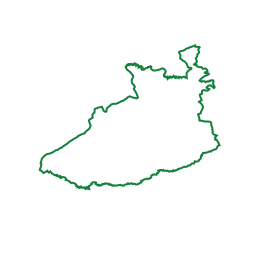 the district of Masi-Manimba, Bandundu, Democratic Republic of the Congo, rotated 247°
{"feature_id": "63176286B37254158064276", "entity_name": "Masi-Manimba", "entity_type": "district", "adm_level": 2, "iso_a3": "COD", "parent_name": "Democratic Republic of the Congo", "parent_adm1": "Bandundu", "projection": "robinson", "projection_center": [18.055, -5.013], "detail": "fine", "context": "isolated", "style": "outline", "palette": "green", "viewbox_px": 256, "rotation_deg": 247, "n_neighbors": 0, "source": "geoboundaries", "source_scale": "gbopen_adm2", "svg_char_len": 5861}
<svg xmlns="http://www.w3.org/2000/svg" viewBox="0 0 256 256"><g transform="rotate(247 128 128)"><path d="M104.5,50.4L104.1,51.5L102.3,52.5L101.7,53.4L99.7,54.0L99.0,56.1L96.9,57.9L96.4,57.8L96.0,58.2L94.9,57.6L94.1,58.9L93.0,58.4L92.5,61.4L91.7,60.6L91.5,62.0L90.6,62.9L90.8,63.8L89.6,65.9L88.9,64.8L88.5,65.0L88.5,66.9L89.4,67.2L88.5,68.0L88.0,67.4L87.5,67.5L86.9,68.5L89.6,68.8L89.9,69.2L89.8,71.0L91.1,72.4L90.7,72.9L91.4,73.3L91.8,74.2L91.7,74.9L91.0,75.8L91.0,76.4L90.3,77.3L89.9,77.1L89.2,76.3L86.9,77.8L87.5,78.4L86.6,79.7L85.9,79.7L85.7,79.9L85.8,82.1L86.5,82.6L86.0,83.5L86.0,85.1L85.5,85.2L85.5,86.2L84.5,87.6L83.9,87.9L84.1,88.7L83.9,89.2L82.8,89.0L82.3,90.6L81.0,91.0L81.0,92.3L80.2,92.7L80.0,94.0L79.5,94.7L78.8,98.6L77.8,99.3L77.7,100.2L76.9,100.8L76.5,101.9L77.0,102.7L77.0,103.8L76.4,105.7L77.1,106.4L76.0,107.3L75.9,109.5L74.6,110.3L74.6,111.1L74.2,111.5L73.9,112.5L72.9,113.3L72.4,114.3L72.6,114.9L72.3,116.5L72.9,117.4L72.6,118.4L72.7,119.1L73.1,119.5L74.3,119.5L74.3,119.8L73.8,120.7L74.4,122.8L73.9,124.4L74.1,125.5L73.2,126.7L73.0,128.1L73.4,128.5L73.2,129.3L73.4,130.0L75.2,131.0L75.0,132.0L75.4,133.1L75.3,133.5L73.8,135.9L75.2,137.2L74.7,137.9L75.0,138.6L75.9,139.1L76.7,139.1L76.1,140.1L76.3,140.5L76.9,140.6L76.5,142.1L76.0,142.4L75.7,143.8L75.0,143.6L74.4,144.6L74.1,146.1L73.5,146.7L73.4,147.5L71.7,148.9L71.6,149.3L71.9,150.1L70.7,152.0L71.3,152.9L70.5,153.0L70.5,154.3L70.3,154.6L70.6,155.3L70.1,156.4L70.6,157.8L70.6,158.3L70.2,158.7L70.6,159.3L70.2,161.4L70.4,163.7L70.2,165.1L69.8,165.3L69.4,167.6L70.0,168.8L69.3,170.3L70.3,172.8L69.9,174.2L69.5,174.7L70.3,175.4L70.4,176.0L71.2,176.6L70.4,177.6L70.2,178.3L70.0,179.2L70.2,180.5L71.0,181.1L71.0,181.9L71.7,183.3L73.2,183.9L73.4,184.7L74.0,184.8L73.9,185.4L74.5,185.5L75.1,186.8L75.8,187.4L74.7,189.8L74.9,190.2L74.5,192.1L74.7,193.6L73.9,195.1L74.4,195.6L74.3,197.2L74.5,198.4L74.1,200.4L74.8,201.9L76.4,203.6L76.6,204.6L76.4,205.5L79.7,205.5L80.3,205.2L82.3,205.0L82.9,203.9L83.6,203.7L83.8,204.3L84.7,204.6L85.3,204.4L86.4,206.8L88.6,204.4L90.0,203.9L90.6,203.9L92.0,204.9L93.1,204.9L95.4,205.7L97.4,205.6L100.3,206.6L101.5,206.1L102.0,205.6L104.0,201.2L106.5,197.8L106.9,196.7L109.5,197.6L113.1,197.8L113.4,198.1L113.1,198.8L113.2,200.9L114.0,201.2L117.5,205.0L118.1,205.3L120.3,205.3L121.8,204.9L124.4,203.6L124.8,206.7L129.8,206.8L130.8,207.3L130.5,209.3L133.1,210.5L133.4,211.5L133.4,212.3L131.5,215.2L131.5,217.4L132.0,218.1L134.4,216.0L134.9,216.5L135.4,218.0L135.4,219.9L134.9,220.7L133.1,221.8L131.2,222.6L131.2,223.1L131.9,223.8L135.4,223.5L137.7,225.1L138.7,224.9L139.5,222.9L139.3,222.2L139.7,221.5L139.6,221.2L139.2,221.4L139.2,221.0L139.4,220.0L139.9,219.5L139.8,218.8L140.2,217.8L139.9,217.2L141.1,216.6L142.1,214.7L141.8,213.8L142.4,213.6L142.9,212.8L143.6,212.4L144.6,214.0L145.4,216.7L145.8,218.8L145.7,222.6L146.2,223.6L147.6,222.6L148.1,220.8L148.7,220.3L149.2,221.0L148.7,223.1L149.7,223.5L150.6,223.5L152.1,222.9L152.7,222.2L153.3,219.9L155.2,219.6L156.0,217.6L157.9,215.5L159.3,215.7L160.2,213.7L160.7,213.6L161.5,216.7L162.2,217.4L165.6,217.6L167.0,219.7L168.7,220.7L168.9,221.7L169.9,223.1L172.7,223.2L174.3,225.5L174.7,225.3L176.2,222.2L176.7,221.7L177.8,222.1L177.9,217.0L178.3,216.3L177.9,214.9L178.3,212.5L177.8,211.1L177.7,208.6L178.2,206.5L178.1,204.9L177.8,204.5L174.6,204.8L172.5,203.5L171.2,203.3L170.7,203.9L168.3,205.0L166.9,206.3L164.3,207.1L160.2,207.0L158.8,209.4L158.1,209.7L157.7,209.4L157.2,206.3L156.0,203.7L153.5,202.4L151.0,201.6L151.5,201.2L152.3,201.3L152.1,200.6L152.3,200.2L153.4,199.5L153.6,197.3L153.3,196.9L154.4,196.3L155.3,194.7L154.3,194.3L155.0,193.8L155.4,191.6L156.2,192.1L156.1,191.2L156.9,191.4L157.1,190.4L157.8,190.3L157.3,189.8L157.5,189.2L157.3,188.5L157.9,188.6L158.0,187.1L158.7,187.2L158.9,186.9L158.3,186.4L158.9,185.9L158.7,185.5L158.1,185.6L157.9,185.2L158.9,184.4L157.9,183.6L158.8,183.4L159.3,184.1L159.9,184.2L160.0,183.4L160.4,182.4L161.0,182.3L160.8,181.8L161.2,181.4L163.2,181.9L163.9,183.6L165.2,184.8L167.2,184.7L169.1,183.7L169.5,182.5L169.6,178.5L170.5,174.8L171.3,173.5L173.0,172.5L174.3,172.9L174.8,172.5L175.3,172.6L175.6,173.2L176.2,172.7L175.7,171.7L176.4,170.2L175.7,169.4L176.1,167.3L175.4,165.2L176.4,163.5L176.8,163.5L176.9,164.8L177.9,165.0L178.1,164.0L178.9,164.6L179.8,164.3L180.0,163.7L179.2,162.7L179.5,161.4L180.5,162.3L180.9,162.2L181.4,161.5L181.9,161.7L182.0,160.1L182.6,160.6L182.9,160.2L183.5,160.7L184.1,159.9L184.9,159.5L184.8,159.0L183.8,159.2L183.8,158.7L184.4,158.0L183.8,157.2L184.4,156.5L185.5,156.4L185.6,155.5L186.0,155.4L186.1,155.0L185.4,154.7L185.1,154.1L185.7,153.3L186.4,153.7L186.7,153.4L186.6,152.0L186.1,151.2L185.6,151.2L185.3,149.7L183.6,149.7L182.2,149.9L178.7,151.8L174.5,153.1L173.5,153.1L170.6,150.1L168.8,149.4L167.5,149.4L164.2,150.4L163.2,150.4L161.8,148.6L156.6,149.3L152.8,149.2L151.9,148.7L152.0,147.1L152.9,146.3L154.3,144.1L156.3,142.2L156.6,140.7L155.6,137.7L155.7,137.1L154.9,134.0L155.3,132.2L155.0,131.0L154.9,126.6L155.9,124.2L156.2,122.7L156.1,121.5L155.5,120.3L154.8,116.9L154.0,115.9L151.7,114.6L151.5,113.9L152.5,112.8L153.4,112.3L157.7,112.3L158.3,108.8L158.5,105.0L158.1,104.5L155.3,103.2L154.7,101.2L154.1,100.4L151.4,99.6L150.8,96.0L150.3,95.1L149.8,94.8L144.6,94.5L142.4,92.0L141.0,87.0L140.1,86.2L140.3,82.6L140.1,78.8L139.6,78.2L138.9,72.3L138.5,70.9L138.6,69.9L137.8,67.6L137.8,67.0L137.4,66.4L136.4,60.6L135.9,59.8L135.9,57.3L135.3,54.5L135.7,53.1L135.5,51.4L134.9,49.4L135.2,48.3L134.9,47.1L135.6,43.0L135.0,40.2L133.5,36.8L129.5,33.7L129.1,34.2L128.6,34.1L126.7,33.0L124.1,30.5L123.3,30.5L122.5,31.6L119.8,32.5L119.5,32.8L119.9,35.1L119.7,36.0L120.2,37.0L117.9,37.7L117.8,38.1L118.4,39.6L116.4,40.0L113.4,42.0L112.4,44.6L111.9,44.5L111.6,43.8L111.0,44.4L110.2,46.9L109.9,47.0L109.4,45.9L108.4,46.3L108.2,46.9L108.5,48.2L108.3,48.9L106.8,50.9L105.4,51.0L104.5,50.4Z" fill="none" stroke="#15803d" stroke-width="2"/></g></svg>